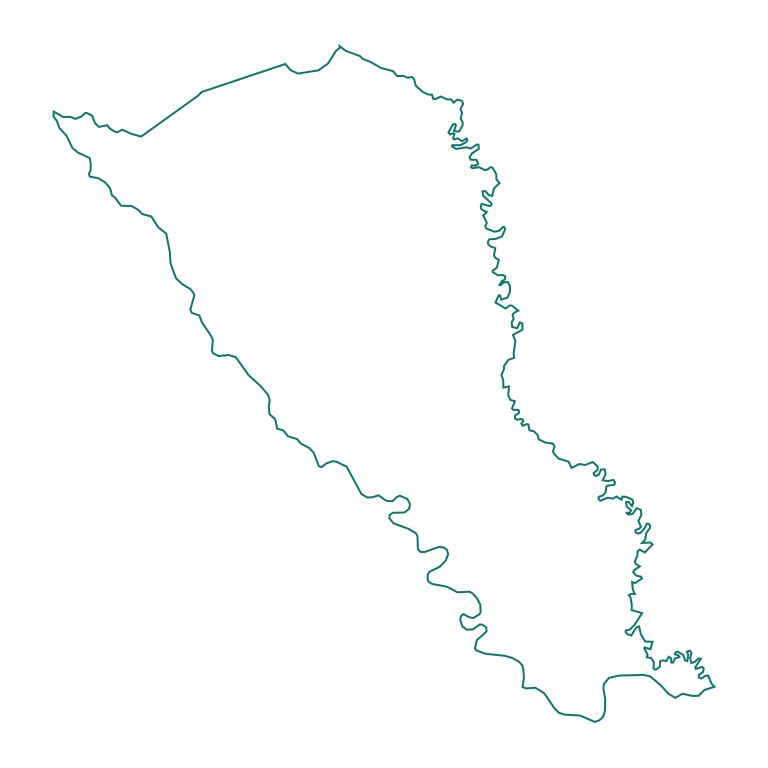 outline of Villanueva, Casanare, Colombia
{"feature_id": "7082276B89877473443630", "entity_name": "Villanueva", "entity_type": "district", "adm_level": 2, "iso_a3": "COL", "parent_name": "Colombia", "parent_adm1": "Casanare", "projection": "mercator", "projection_center": [-72.768, 4.503], "detail": "fine", "context": "isolated", "style": "outline", "palette": "teal", "viewbox_px": 768, "rotation_deg": 0, "n_neighbors": 0, "source": "geoboundaries", "source_scale": "gbopen_adm2", "svg_char_len": 6074}
<svg xmlns="http://www.w3.org/2000/svg" viewBox="0 0 768 768"><path d="M361.4,494.0L367.4,497.5L372.2,497.3L378.6,495.3L385.9,500.5L388.9,501.2L392.7,501.1L396.7,497.1L399.9,495.7L407.4,499.0L410.1,504.1L409.1,508.9L404.3,512.5L392.7,512.8L389.6,515.2L389.4,518.1L393.4,523.3L408.6,528.9L415.8,533.1L417.5,536.5L417.9,549.3L420.6,552.0L424.8,552.0L438.9,546.9L443.7,547.5L446.8,549.6L448.2,554.1L445.8,560.4L439.7,566.8L429.5,571.7L427.8,574.6L427.6,579.6L428.8,581.9L432.3,584.0L446.6,586.6L457.5,592.3L469.5,591.7L472.9,593.7L477.0,598.3L480.3,604.7L480.6,612.5L479.5,614.2L473.4,618.0L469.7,617.4L463.3,614.1L460.8,616.4L460.2,619.7L462.4,626.5L467.0,629.7L473.0,629.4L479.6,624.5L482.1,624.6L486.3,627.4L486.5,631.5L476.9,640.1L474.9,648.5L476.2,650.3L485.5,653.8L504.8,655.8L512.2,657.9L519.2,661.9L522.2,665.2L523.4,670.1L523.9,678.2L522.5,687.1L526.3,688.4L535.3,687.7L544.3,693.3L554.7,708.7L559.0,712.8L564.6,714.6L580.2,715.6L594.7,721.9L599.2,720.4L603.1,716.8L605.0,710.6L605.2,699.2L603.3,688.1L604.1,683.7L609.0,677.9L619.0,675.6L643.6,674.9L650.1,676.4L660.4,684.9L668.3,693.6L675.3,697.9L682.6,693.7L692.1,695.9L698.5,695.9L704.5,689.9L714.5,686.8L711.6,683.8L708.2,675.6L705.6,675.7L701.4,678.5L698.7,677.4L698.9,674.9L703.1,671.9L703.7,668.3L702.3,666.9L696.0,668.9L695.2,667.4L700.8,658.9L698.5,658.4L694.5,662.1L691.3,663.0L690.1,658.1L691.4,653.0L689.8,650.7L686.9,651.7L688.2,654.8L687.3,661.1L685.0,660.3L683.2,654.9L677.7,651.6L675.4,652.6L675.0,654.3L678.4,655.3L679.4,657.0L674.8,658.5L673.1,662.6L671.2,662.5L671.2,658.4L668.7,656.8L666.3,661.1L663.1,660.3L660.1,661.4L659.8,666.6L656.8,669.2L654.6,669.6L653.5,668.1L653.9,662.3L651.0,657.8L646.8,657.3L647.5,654.4L644.2,648.4L644.7,647.5L650.5,649.2L652.5,641.8L645.2,641.5L640.9,634.4L639.1,626.4L636.3,627.5L631.2,635.5L627.2,634.1L625.5,631.9L625.9,630.4L629.6,629.7L634.5,625.0L642.1,613.1L631.5,610.0L631.9,605.3L630.5,597.4L628.9,595.0L631.5,593.8L634.9,594.1L632.8,589.6L632.1,582.0L635.1,583.1L642.0,578.4L640.9,576.6L636.3,575.7L633.2,572.1L634.1,570.2L639.8,566.4L635.9,564.0L634.9,561.5L637.4,555.7L637.5,551.4L639.6,549.6L644.8,552.5L652.6,544.4L650.4,542.5L642.1,543.0L645.1,539.7L646.3,532.9L649.8,528.3L650.2,526.1L648.9,524.0L646.7,523.7L645.0,527.6L640.6,532.8L637.6,533.6L635.4,532.1L635.6,529.9L639.3,528.7L641.0,526.9L638.4,520.9L641.4,514.9L640.9,510.1L636.8,508.1L632.8,513.8L628.9,514.6L627.3,513.8L626.8,512.8L629.5,512.7L631.2,510.3L626.8,506.7L626.0,502.2L628.5,501.8L631.9,506.1L633.3,503.0L632.4,499.6L626.0,496.8L622.4,496.7L621.5,499.8L616.5,496.5L613.0,498.6L607.7,497.8L600.2,500.8L598.6,498.9L598.7,496.8L602.8,495.5L605.5,492.5L606.3,486.9L607.3,485.7L614.3,484.8L615.1,482.8L613.5,479.9L608.1,481.1L602.7,480.3L605.6,474.1L604.7,469.3L600.9,469.7L599.0,474.4L596.0,476.0L594.1,475.1L593.6,473.0L597.6,469.9L597.7,466.7L592.7,462.0L585.3,465.0L579.4,464.0L571.5,467.9L568.6,461.7L558.5,458.6L554.1,453.7L552.9,451.2L554.6,446.6L553.0,443.6L545.3,442.5L538.7,439.4L537.6,435.0L534.1,431.4L529.4,430.3L528.4,424.5L526.5,424.1L522.8,425.8L521.4,423.6L523.3,421.2L522.8,419.7L520.8,418.9L516.9,419.8L515.0,418.2L515.1,415.4L518.7,413.3L519.1,411.0L518.1,409.9L513.3,409.9L512.0,408.5L514.9,401.3L510.3,399.9L508.2,395.4L509.1,386.5L503.4,387.6L503.2,380.2L501.4,375.0L504.0,369.1L503.9,366.1L508.6,359.7L514.2,357.8L513.6,353.4L515.4,341.2L513.0,334.9L522.6,329.6L522.2,323.3L519.8,322.4L517.2,328.2L512.2,327.0L511.7,322.5L513.7,318.6L512.5,315.1L513.8,313.0L518.3,310.6L511.9,305.6L509.7,305.4L505.7,308.5L495.4,302.5L498.9,295.2L500.2,295.6L501.1,299.6L507.3,297.8L510.0,291.8L509.9,285.9L507.8,282.1L503.7,282.4L500.6,285.2L499.4,284.9L502.2,280.9L504.8,279.6L505.3,276.4L503.0,275.0L498.2,275.3L492.9,272.3L492.7,270.7L496.8,267.7L498.9,259.9L495.2,257.7L494.0,255.5L495.3,248.1L490.2,246.3L488.3,244.4L487.8,242.1L489.4,239.2L495.8,238.9L502.0,236.4L505.1,229.3L504.5,227.3L503.2,226.9L499.0,230.8L494.3,231.7L486.1,228.4L485.3,226.2L486.8,222.7L483.2,215.4L486.8,212.0L481.8,209.6L480.8,207.9L481.1,204.6L482.1,203.9L489.2,206.0L490.9,205.6L491.7,203.7L483.1,195.6L482.5,191.3L485.3,191.1L488.8,195.0L492.2,196.0L494.0,188.4L499.5,183.2L496.4,179.3L496.3,174.3L492.4,167.6L490.5,167.2L487.8,169.4L484.6,170.0L479.0,167.2L472.5,168.2L471.0,167.3L471.6,165.4L475.7,165.5L478.2,163.8L476.6,159.9L470.4,159.6L469.6,157.0L471.9,153.5L478.8,148.8L478.5,144.7L477.1,144.4L470.7,148.5L466.9,147.3L456.0,148.9L452.0,146.3L452.3,145.2L460.8,145.1L466.5,141.9L467.4,140.2L466.5,138.5L461.9,141.3L458.0,138.3L454.1,139.4L453.1,138.4L454.5,133.8L453.3,133.2L450.1,134.5L448.4,132.5L453.0,124.4L455.3,124.1L456.0,125.2L454.0,130.8L457.7,131.7L459.3,131.3L462.5,125.6L462.7,122.4L460.7,118.6L462.0,112.8L460.5,109.2L463.1,103.9L462.1,101.0L457.2,99.6L453.7,102.6L451.1,99.3L447.3,99.5L440.8,96.5L435.7,99.0L433.2,98.9L432.0,94.7L428.2,94.5L422.6,91.9L415.8,85.7L414.1,79.2L412.0,76.9L407.7,77.8L403.6,75.9L397.2,76.1L392.9,71.1L381.0,68.0L370.1,61.7L362.6,58.9L360.1,56.1L345.9,50.9L339.6,46.1L339.9,47.7L336.0,50.9L328.0,63.5L318.5,70.3L298.0,73.6L290.7,70.2L285.3,64.0L201.9,91.9L197.9,95.8L141.1,136.6L131.2,133.8L122.3,129.7L117.2,132.3L115.3,131.9L110.0,128.7L107.2,125.3L98.9,126.9L95.0,123.1L92.2,115.8L87.0,113.0L85.1,113.1L81.4,116.5L75.4,118.9L70.2,116.9L63.2,117.0L53.7,111.6L53.5,116.5L56.8,120.8L59.4,128.0L66.5,135.7L72.4,148.0L78.2,152.7L89.8,158.1L90.8,165.0L90.6,170.2L88.9,174.0L89.8,176.6L98.2,178.2L105.1,182.3L110.1,188.3L111.9,195.2L115.0,197.5L121.0,205.7L131.6,206.0L137.9,209.6L142.3,214.1L151.4,216.5L158.1,227.2L166.2,233.6L169.8,251.8L170.5,263.1L176.0,278.3L182.3,284.2L190.5,289.2L193.9,293.6L194.3,295.6L190.3,309.6L191.8,312.9L199.3,315.4L201.8,322.1L211.4,336.5L212.9,340.4L211.9,350.7L213.1,353.4L218.5,356.0L228.9,355.1L235.7,357.1L248.8,375.4L260.6,386.1L268.2,395.0L269.7,400.3L268.8,407.2L269.5,414.1L275.2,419.2L277.2,428.7L283.1,430.3L288.1,436.3L297.0,439.0L301.2,443.8L309.3,448.1L313.7,452.7L318.9,466.2L321.7,467.1L326.4,463.4L332.9,461.1L336.7,461.8L346.7,466.8L361.4,494.0Z" fill="none" stroke="#0f766e" stroke-width="2"/></svg>